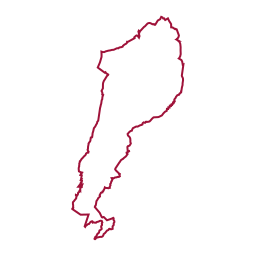 the district of Chignautla, Puebla, Mexico, rotated 181°
{"feature_id": "50627088B95871008533401", "entity_name": "Chignautla", "entity_type": "district", "adm_level": 2, "iso_a3": "MEX", "parent_name": "Mexico", "parent_adm1": "Puebla", "projection": "natural_earth1", "projection_center": [-97.415, 19.757], "detail": "fine", "context": "isolated", "style": "outline", "palette": "rose", "viewbox_px": 256, "rotation_deg": 181, "n_neighbors": 0, "source": "geoboundaries", "source_scale": "gbopen_adm2", "svg_char_len": 5800}
<svg xmlns="http://www.w3.org/2000/svg" viewBox="0 0 256 256"><g transform="rotate(181 128 128)"><path d="M107.2,134.7L106.5,135.0L105.7,135.8L104.3,137.5L103.0,138.8L102.5,139.1L98.2,139.4L97.4,139.6L94.3,141.2L92.9,143.2L91.3,144.9L89.6,145.8L89.4,147.8L88.2,147.7L88.0,149.4L86.8,149.2L86.6,151.0L85.4,150.8L85.3,151.7L84.9,151.7L84.9,152.1L84.5,152.0L84.5,152.4L84.1,152.4L84.0,152.8L83.7,152.8L83.5,154.1L82.8,153.9L82.7,154.9L82.2,154.8L81.7,155.6L82.2,156.6L82.2,157.1L82.0,157.6L81.0,158.8L80.6,159.9L79.2,161.7L77.6,162.1L77.3,162.4L77.2,163.2L75.8,164.3L75.6,165.3L75.4,165.2L74.8,169.5L74.2,171.9L74.2,173.7L73.8,176.7L73.9,178.3L74.1,179.0L75.0,180.8L75.1,181.2L73.7,192.6L74.4,192.3L75.0,195.4L75.8,196.9L78.4,198.4L78.0,198.8L77.1,200.5L76.6,202.8L76.8,206.7L76.8,209.8L77.2,213.0L77.7,214.3L78.1,215.0L79.6,216.3L79.3,216.3L81.1,217.3L80.9,217.4L80.6,218.0L79.9,218.5L79.1,219.8L78.7,221.4L81.0,227.4L82.3,227.6L82.2,227.9L84.1,228.5L85.1,229.3L86.6,229.4L86.7,232.6L87.3,233.6L88.8,235.8L90.0,238.3L92.7,236.6L93.3,237.3L93.7,238.2L94.7,238.1L95.5,239.2L96.7,239.7L97.8,237.3L100.1,236.0L102.6,231.7L102.9,231.6L103.7,232.3L104.7,232.3L104.7,232.1L105.5,232.2L106.5,232.8L108.0,233.4L109.5,233.2L110.4,232.7L112.9,229.9L113.7,229.4L117.9,224.7L118.9,225.5L119.3,224.5L119.2,224.1L118.3,223.4L118.8,222.6L118.1,220.1L118.6,218.5L120.2,220.5L120.9,220.7L121.6,220.4L123.3,218.8L123.0,217.9L129.7,214.1L129.9,214.2L130.4,214.2L130.4,213.3L131.4,212.2L132.9,211.4L134.0,210.5L134.5,210.0L134.8,209.2L136.5,208.6L137.2,208.6L138.3,208.2L139.0,207.5L139.8,207.6L140.8,207.4L143.1,206.2L144.1,205.9L145.5,205.8L147.1,205.3L148.9,205.0L151.7,204.2L153.0,203.5L154.6,203.5L155.9,203.9L155.7,200.9L155.7,198.6L157.2,193.1L159.3,187.9L152.2,182.9L151.5,183.4L151.0,182.6L150.7,182.3L148.7,181.1L148.8,180.7L150.0,179.6L152.1,176.0L152.9,174.8L153.6,172.9L153.8,171.6L153.8,167.2L155.1,164.6L154.4,163.2L154.1,161.9L154.4,161.3L154.2,160.9L153.7,160.9L153.4,160.7L154.1,158.7L154.3,156.2L154.8,155.3L155.2,151.9L155.7,150.3L155.7,149.9L156.3,147.4L157.9,134.8L158.8,133.7L159.1,132.1L160.0,130.6L160.4,129.7L160.8,128.9L162.1,127.2L162.7,124.2L163.3,122.2L163.5,119.6L163.7,119.0L163.6,118.5L163.9,118.0L165.0,117.8L165.3,115.9L165.3,115.3L165.5,114.4L165.8,113.7L166.1,113.5L167.2,111.8L167.1,111.4L167.2,110.8L167.6,108.6L167.7,106.4L168.0,105.6L167.8,105.3L167.8,104.7L167.0,103.7L167.2,102.9L167.4,103.0L167.5,103.2L167.9,102.7L168.5,102.5L169.5,101.7L169.8,100.7L170.3,99.9L171.3,99.1L173.3,96.7L173.7,96.5L175.1,94.1L175.3,94.2L175.6,93.9L175.7,92.5L176.1,91.8L176.0,90.6L176.2,89.8L176.1,89.0L176.5,87.6L176.6,86.3L176.3,83.8L173.8,82.6L173.1,82.8L172.8,83.4L172.8,83.1L172.9,82.7L173.4,82.3L173.7,81.7L174.3,81.3L174.8,80.1L173.4,79.8L174.0,76.5L173.4,76.3L173.8,75.6L173.8,75.3L174.2,75.4L174.4,75.0L173.9,74.8L173.4,74.8L173.1,74.6L173.3,73.5L173.5,73.4L173.5,73.1L173.8,73.1L174.1,71.9L174.4,72.0L174.7,71.1L176.7,68.4L175.8,68.4L174.9,69.4L172.9,70.9L172.6,70.9L172.7,70.7L173.0,70.4L173.0,69.8L173.3,69.1L173.1,68.2L173.3,68.0L174.1,68.0L174.7,67.0L174.6,66.5L174.7,65.6L174.8,65.4L174.6,64.9L174.6,64.4L175.1,64.9L175.5,64.3L175.6,63.7L175.8,63.4L175.9,63.0L176.6,62.6L176.8,62.2L176.8,61.6L177.0,60.7L177.4,60.0L178.0,59.8L178.9,60.2L178.9,59.6L178.1,58.9L178.6,57.5L178.6,56.7L180.4,54.5L180.7,54.0L181.7,52.9L181.8,52.3L181.7,50.6L181.5,50.1L181.5,48.0L181.3,47.6L181.4,47.1L181.7,47.1L182.3,46.3L182.3,46.0L173.9,40.5L165.9,40.8L169.6,28.9L169.1,28.4L168.5,29.6L168.0,29.8L166.5,31.0L166.1,31.3L165.4,31.3L164.0,33.2L163.8,33.3L163.7,33.5L162.8,33.6L162.7,34.0L162.0,34.1L161.4,33.4L161.4,33.0L161.2,33.1L160.0,32.8L159.2,32.9L158.5,32.7L158.0,33.0L157.5,33.5L155.8,33.9L154.6,34.6L153.7,34.8L152.6,34.6L152.0,33.0L152.5,32.4L152.5,32.2L152.5,31.6L152.3,31.2L152.3,30.5L153.0,29.5L153.1,28.9L153.1,28.4L152.6,27.3L152.6,26.5L152.9,26.2L154.7,25.0L154.9,24.5L155.1,23.1L155.4,22.6L156.2,22.1L156.8,21.5L156.8,21.0L157.3,20.5L157.5,19.8L157.9,19.1L158.8,18.5L159.0,17.7L159.5,17.0L159.5,16.5L159.2,16.3L158.9,16.3L158.5,16.7L157.8,17.7L153.9,18.7L152.4,18.7L151.4,19.3L150.8,20.3L150.5,21.5L149.0,22.7L147.2,25.1L145.9,25.6L145.5,26.1L145.1,26.8L144.5,26.9L143.3,26.4L142.4,26.6L141.6,26.9L141.7,29.0L141.6,29.5L141.2,30.0L140.8,30.4L140.6,30.9L140.7,32.4L140.5,32.9L140.1,33.4L140.0,33.9L140.1,34.8L140.4,35.3L140.8,35.7L140.9,36.2L140.8,36.9L140.8,37.5L141.2,37.9L142.7,37.1L147.4,35.4L150.6,38.5L151.0,38.6L152.1,38.1L152.7,38.5L154.8,42.7L159.8,48.4L159.6,49.3L159.1,49.7L158.9,50.2L158.6,51.9L158.3,54.3L157.0,56.3L156.7,57.2L155.3,58.5L154.8,59.1L154.8,59.6L155.2,60.2L155.1,60.5L153.9,62.8L152.4,63.2L152.4,64.1L151.9,64.4L151.6,64.5L151.3,65.5L151.0,65.7L150.7,66.4L150.1,68.2L149.7,67.9L149.2,67.7L147.3,67.6L146.7,67.4L145.1,67.9L145.4,68.6L145.0,69.5L144.6,70.2L144.5,70.6L144.8,71.2L144.8,71.7L144.2,72.4L143.9,73.4L143.8,74.3L143.4,74.5L143.0,75.6L142.6,76.3L142.6,76.5L143.1,76.9L143.5,77.6L142.9,77.7L141.7,77.5L141.2,77.6L140.1,78.3L138.9,78.4L138.4,78.5L137.8,78.9L136.3,78.9L135.3,79.6L135.6,80.4L135.4,81.7L136.0,81.7L136.0,82.2L139.5,85.5L140.1,86.5L139.9,87.3L135.9,93.6L135.5,94.0L134.9,95.1L134.5,95.7L132.7,97.0L132.3,97.1L131.8,97.8L129.7,99.5L129.2,100.1L128.6,101.1L128.0,101.8L128.1,102.2L128.8,102.7L129.0,103.1L129.0,103.4L127.3,104.2L126.5,104.8L126.6,105.1L127.9,105.0L128.3,109.0L127.8,109.8L127.5,109.8L126.1,110.5L125.2,112.0L124.9,112.8L125.1,113.1L125.4,114.0L125.4,115.8L125.6,117.6L126.1,118.7L126.7,119.4L127.9,120.5L128.3,122.0L126.7,123.9L125.4,125.0L124.1,125.4L123.8,126.5L123.1,127.9L119.9,129.6L118.3,129.6L116.4,130.7L115.4,131.1L114.5,131.3L113.6,131.8L113.6,132.7L113.2,133.3L112.4,133.9L111.6,133.6L111.0,133.5L110.4,134.1L110.3,134.5L109.8,134.6L109.2,134.4L107.2,134.7Z" fill="none" stroke="#9f1239" stroke-width="2"/></g></svg>